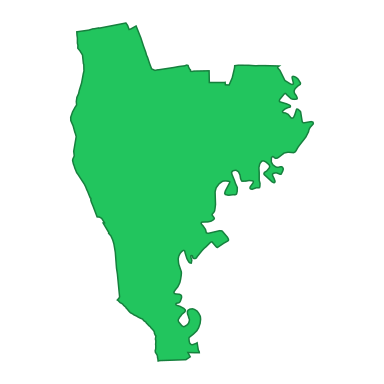 the district of Falciu, Vaslui, Romania
{"feature_id": "2599482B69317802049960", "entity_name": "Falciu", "entity_type": "district", "adm_level": 2, "iso_a3": "ROU", "parent_name": "Romania", "parent_adm1": "Vaslui", "projection": "natural_earth1", "projection_center": [28.123, 46.28], "detail": "fine", "context": "isolated", "style": "filled", "palette": "green", "viewbox_px": 384, "rotation_deg": 0, "n_neighbors": 0, "source": "geoboundaries", "source_scale": "gbopen_adm2", "svg_char_len": 5955}
<svg xmlns="http://www.w3.org/2000/svg" viewBox="0 0 384 384"><path d="M197.1,342.8L196.1,343.4L192.9,344.6L191.9,344.7L190.9,344.4L189.7,343.2L189.2,341.2L188.9,338.6L189.2,337.4L193.4,334.1L196.8,330.8L198.6,327.8L200.1,323.4L200.6,319.3L200.4,316.8L200.1,315.9L198.8,313.4L197.1,311.1L194.6,309.5L192.6,308.8L189.9,309.1L188.1,310.2L187.4,311.5L187.5,313.9L188.6,316.8L188.7,317.7L189.4,319.2L189.4,320.5L188.7,322.9L187.7,324.3L186.8,325.1L184.5,326.5L183.5,326.7L181.9,325.8L178.7,322.0L178.3,320.9L178.2,320.0L178.5,319.2L179.8,317.0L180.8,315.9L181.9,314.3L184.7,312.0L185.4,310.7L185.2,309.8L183.8,308.4L179.9,306.3L176.9,305.4L175.9,304.7L175.8,304.2L175.9,303.8L176.3,303.4L176.7,303.2L178.9,302.8L180.0,301.8L180.6,300.5L181.4,298.2L181.6,297.3L181.5,295.9L181.0,295.1L179.6,294.3L175.3,293.9L174.3,293.3L174.0,292.7L173.9,292.3L174.3,291.4L175.3,289.9L177.8,286.8L179.3,283.8L179.9,282.4L180.6,279.3L181.2,275.5L181.4,273.1L181.3,271.7L178.8,264.4L178.5,262.6L178.2,258.8L178.8,256.0L180.1,253.4L181.3,252.0L182.5,250.9L183.4,250.4L184.4,250.6L184.7,251.0L185.1,252.9L186.8,258.3L187.2,259.2L188.9,262.1L190.1,263.0L191.3,263.1L191.8,260.3L190.8,256.9L190.8,255.9L191.3,255.5L192.4,255.8L192.9,257.9L193.8,258.5L195.0,258.6L196.1,258.1L196.5,257.8L197.1,256.7L202.2,250.4L204.3,248.2L205.9,246.9L210.1,242.7L211.1,242.0L211.9,241.8L216.0,246.6L216.8,247.3L217.4,247.5L223.8,243.2L227.9,240.9L228.4,240.4L228.5,239.9L228.4,239.2L227.5,237.3L222.3,231.2L221.8,230.9L219.7,230.7L218.7,230.9L208.5,233.3L207.3,233.2L206.3,232.7L205.5,229.5L203.0,225.8L202.0,224.8L201.2,223.6L201.1,223.1L202.0,222.1L207.9,221.9L211.0,221.2L213.2,219.9L214.2,218.9L214.3,218.5L214.0,217.6L212.1,215.0L212.2,214.2L213.9,212.2L214.6,210.9L215.0,208.6L215.5,204.5L215.1,192.0L215.4,190.5L216.2,187.7L219.0,183.9L221.9,181.7L223.1,181.1L225.7,180.9L228.7,181.3L229.4,181.6L229.8,181.8L229.6,182.8L225.3,191.0L224.7,193.3L225.3,194.5L228.1,195.2L229.1,195.2L233.1,194.7L235.0,194.8L236.2,194.3L236.6,193.8L237.2,191.3L237.3,187.5L235.3,183.1L234.7,181.1L231.9,174.2L231.6,172.4L232.5,171.1L233.6,170.6L236.0,170.2L238.5,171.8L240.0,175.0L240.6,178.7L241.6,180.9L242.0,181.2L245.9,181.1L249.1,180.5L252.3,180.8L253.2,181.2L253.4,181.9L253.1,182.8L250.4,186.6L250.1,187.2L250.0,187.9L250.1,188.5L250.5,188.9L252.1,189.3L256.3,187.8L259.0,187.8L259.5,187.6L259.7,187.1L259.9,186.1L260.0,183.3L259.2,180.3L259.2,172.8L258.9,167.6L259.7,164.1L260.2,163.1L261.9,161.1L263.6,160.9L265.6,161.8L267.8,163.6L269.3,165.1L269.7,166.7L269.1,168.1L266.7,171.0L264.4,172.4L263.9,173.8L264.2,174.6L272.0,181.8L273.5,182.6L274.1,182.7L274.5,182.6L275.0,181.9L275.0,181.1L274.0,178.4L272.7,175.8L272.5,174.9L272.5,174.4L273.1,173.5L275.1,172.9L276.6,172.9L280.2,174.3L281.2,174.1L282.8,170.9L283.3,169.0L282.7,167.5L282.0,166.9L281.2,166.7L280.1,166.8L278.5,167.3L276.8,167.3L275.3,166.6L273.1,165.0L272.2,163.7L271.3,161.9L271.4,157.8L272.0,157.0L272.8,156.5L273.6,156.9L274.4,157.7L275.4,158.3L277.1,158.2L278.5,157.4L284.2,153.0L288.1,152.2L293.6,152.7L295.0,152.0L296.0,150.8L297.9,147.4L299.4,145.3L305.8,137.1L308.5,131.8L308.8,130.3L309.3,128.9L310.3,127.2L313.1,124.1L313.3,123.2L312.9,122.1L311.2,121.6L303.6,122.9L303.1,122.7L302.4,122.0L302.1,121.1L300.6,111.8L300.0,111.0L298.0,109.3L296.9,109.0L296.5,109.4L294.8,114.7L293.8,117.0L293.1,117.8L292.1,118.2L291.0,117.8L288.2,114.4L285.5,113.0L283.3,112.7L282.9,112.4L282.6,112.0L282.5,111.5L283.0,110.7L285.0,109.0L288.0,107.6L290.1,107.1L290.4,106.6L290.3,105.7L289.5,105.1L286.5,103.8L279.8,101.8L279.3,101.0L279.7,99.5L284.2,94.0L285.1,93.4L285.7,93.5L286.6,94.6L291.1,98.7L292.7,99.2L294.5,99.3L296.0,99.2L297.0,98.9L297.2,98.5L297.2,98.0L296.7,96.7L296.0,95.3L294.5,93.3L294.1,91.3L294.3,90.4L295.1,88.7L296.5,87.3L298.1,85.8L300.2,84.4L300.5,83.2L300.4,82.9L298.0,79.0L296.4,77.6L294.7,76.7L293.0,76.3L292.2,76.8L292.1,77.7L292.7,80.4L293.4,83.0L293.3,83.8L293.0,84.2L292.0,84.5L290.5,84.0L284.9,80.5L279.9,70.4L277.8,68.0L277.7,67.5L277.8,66.9L279.1,66.0L264.6,65.6L258.7,65.6L255.9,65.8L248.9,65.3L238.4,65.2L234.7,65.7L234.6,67.3L234.3,69.0L232.2,77.9L229.1,85.0L225.4,84.8L225.1,82.3L224.5,82.5L209.3,82.5L209.1,70.8L193.9,71.1L192.7,71.4L190.8,71.4L190.5,71.2L190.4,69.8L189.8,69.4L189.2,68.3L188.4,66.7L188.1,65.5L187.7,65.3L186.5,65.1L184.8,65.8L179.0,66.5L173.7,67.5L158.5,69.8L157.7,69.8L155.0,70.4L151.7,68.9L151.4,68.3L149.5,63.3L147.6,57.5L146.5,55.1L145.7,52.1L143.5,46.1L140.8,37.8L136.1,26.0L130.5,29.1L129.1,29.5L127.6,25.4L125.9,23.0L99.0,28.2L98.8,27.9L94.0,28.8L93.0,28.8L88.9,30.1L76.8,31.8L77.0,35.3L77.4,38.0L77.4,43.2L77.9,45.3L77.8,48.1L77.9,48.4L79.8,50.6L82.5,55.0L83.4,63.7L83.8,64.5L83.9,69.9L84.0,70.8L83.3,73.6L81.6,82.9L79.3,90.4L78.6,93.6L76.9,97.3L76.3,101.5L76.6,105.0L75.1,107.2L72.6,111.8L70.7,117.3L70.8,120.6L73.1,125.8L74.8,132.1L75.3,133.4L76.2,136.6L73.7,151.3L74.2,155.5L74.1,156.3L72.9,158.9L72.6,160.2L72.7,160.9L73.4,164.0L74.2,166.0L74.7,167.8L76.7,172.7L77.9,174.3L84.3,184.1L85.7,186.9L86.8,189.8L87.5,191.1L90.2,197.9L90.7,198.1L90.9,198.5L90.8,200.1L91.3,201.9L93.2,206.5L97.1,216.9L99.5,217.1L101.7,218.4L104.5,222.8L103.1,223.0L108.8,232.6L108.6,233.3L110.9,235.9L112.7,239.9L113.9,244.0L115.3,252.3L116.5,268.1L117.4,274.0L119.6,296.9L119.0,298.1L117.3,300.0L118.1,300.5L120.1,302.6L122.5,303.9L123.7,305.4L125.8,307.2L126.2,308.1L126.9,308.7L129.1,311.4L130.5,312.8L132.5,313.8L134.1,315.0L135.9,315.7L135.9,315.8L136.6,316.1L138.0,317.0L140.6,318.3L142.6,319.1L143.7,320.6L145.9,322.1L146.4,323.1L147.3,323.9L148.9,325.7L150.2,326.6L150.7,327.5L152.9,329.8L154.3,331.7L154.4,333.2L154.9,334.4L155.2,335.1L155.9,335.9L155.4,339.1L155.6,340.0L155.8,340.1L155.8,342.3L155.6,344.4L155.8,345.8L155.7,348.9L155.2,350.6L155.4,352.3L157.1,355.0L157.6,357.0L157.5,357.8L157.8,358.2L158.1,361.0L158.9,360.9L159.5,360.6L185.9,359.7L190.2,356.8L187.9,352.5L194.0,352.7L199.3,352.7L199.2,351.7L198.3,350.0L197.1,342.8Z" fill="#22c55e" stroke="#15803d" stroke-width="1.5"/></svg>